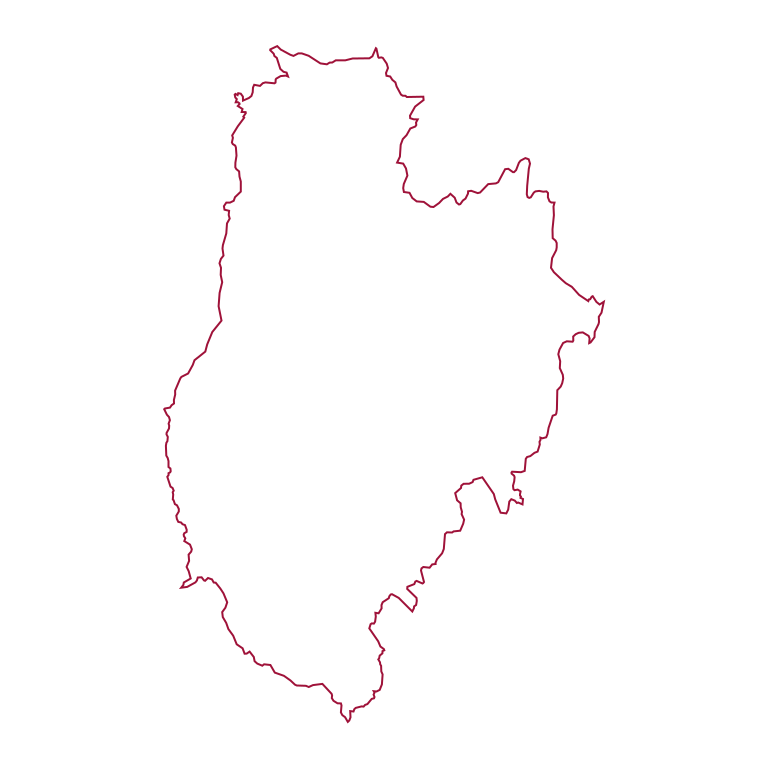 the district of Bekily, Androy, Madagascar
{"feature_id": "10022922B6580820782603", "entity_name": "Bekily", "entity_type": "district", "adm_level": 2, "iso_a3": "MDG", "parent_name": "Madagascar", "parent_adm1": "Androy", "projection": "natural_earth1", "projection_center": [45.36, -24.27], "detail": "fine", "context": "isolated", "style": "outline", "palette": "rose", "viewbox_px": 768, "rotation_deg": 0, "n_neighbors": 0, "source": "geoboundaries", "source_scale": "gbopen_adm2", "svg_char_len": 6061}
<svg xmlns="http://www.w3.org/2000/svg" viewBox="0 0 768 768"><path d="M181.2,587.7L187.2,586.9L195.4,582.4L196.9,580.5L197.8,577.5L201.6,577.3L204.0,580.4L205.1,580.8L208.0,578.0L212.0,579.4L213.7,582.5L215.7,582.7L220.3,588.5L223.5,593.4L227.2,602.3L225.4,607.7L222.2,612.1L222.8,617.1L226.2,622.9L228.4,629.1L233.2,635.7L236.7,644.3L242.6,648.3L244.6,653.7L246.7,653.6L249.6,651.6L253.8,657.0L254.6,661.2L257.3,663.6L262.3,665.7L264.1,664.3L270.4,665.0L274.8,672.6L283.9,675.8L290.5,680.5L295.0,684.7L296.8,685.5L305.9,685.8L308.7,687.0L313.0,685.1L322.4,683.9L331.6,693.8L332.1,695.5L331.8,698.1L333.5,700.8L337.5,703.3L340.9,703.4L341.5,705.4L340.9,712.4L342.3,715.1L345.1,717.2L347.8,721.9L349.3,720.5L350.5,717.3L350.2,711.1L353.5,711.5L354.3,709.2L355.7,707.9L361.6,706.4L363.6,706.6L365.1,704.9L367.4,704.1L371.7,698.9L374.0,698.3L374.5,697.0L373.6,694.6L374.5,692.7L373.7,691.2L376.5,691.5L379.7,689.9L381.9,684.4L382.6,674.4L381.3,671.4L381.1,665.8L380.2,664.3L380.0,662.3L378.3,659.4L379.1,658.4L379.7,655.6L382.4,653.4L382.5,651.1L384.3,650.3L383.9,649.1L380.4,646.5L378.2,641.3L369.3,628.4L370.6,624.2L371.8,623.4L373.9,623.6L375.1,621.7L375.8,616.6L375.4,612.8L378.6,613.3L381.6,608.4L381.5,605.1L382.7,602.2L388.8,598.2L389.3,596.3L390.7,594.5L392.0,594.2L398.7,597.9L412.3,611.5L413.9,608.3L414.1,606.4L416.1,605.0L416.8,600.9L416.5,597.9L407.2,588.9L407.4,586.8L414.3,584.1L415.3,581.6L416.6,580.9L422.5,583.5L423.2,583.1L424.0,582.0L421.0,570.5L421.5,568.4L423.3,567.0L429.6,567.7L432.2,564.4L435.6,564.0L435.5,562.8L436.9,559.4L442.1,553.3L443.8,549.0L445.0,534.1L447.0,532.3L452.1,532.5L453.6,531.4L460.2,530.7L463.2,523.7L464.1,519.6L461.6,514.1L462.0,511.8L460.7,507.2L460.6,503.3L457.1,500.3L455.2,493.1L461.0,488.0L461.3,485.6L463.6,483.8L469.2,483.7L472.6,482.1L473.5,479.8L482.3,477.3L493.8,494.0L495.2,499.3L500.6,512.7L506.3,513.4L508.2,509.6L509.3,501.6L511.3,499.2L514.8,500.6L516.9,503.0L518.1,502.5L522.5,504.4L523.0,499.0L520.5,497.9L520.9,496.5L520.0,495.5L520.0,494.2L520.6,491.4L517.7,489.6L514.5,490.2L513.4,489.1L513.0,485.7L514.2,481.3L514.6,477.2L514.1,475.7L511.6,473.6L511.5,472.5L512.1,471.7L521.0,472.2L524.7,470.9L525.8,458.8L527.1,457.0L530.3,456.1L534.5,452.8L537.6,451.6L539.8,444.5L539.5,441.8L540.5,439.9L540.4,437.6L542.4,438.3L546.2,437.3L547.5,434.1L548.6,427.8L552.7,415.7L555.7,414.6L556.3,413.4L556.9,409.4L557.3,390.2L560.7,386.6L562.2,383.2L563.2,378.5L562.8,374.8L559.8,368.1L560.2,361.2L558.3,354.2L559.5,349.6L563.1,343.0L566.8,341.3L572.6,341.7L573.3,340.6L573.2,336.5L575.7,334.2L578.7,332.8L582.8,332.4L588.6,335.9L589.6,338.4L589.2,343.1L590.6,342.4L594.5,337.2L594.7,331.9L598.5,324.1L599.0,322.1L598.8,316.8L601.5,312.7L603.8,301.8L599.6,304.5L596.4,301.9L592.7,296.2L591.7,296.7L590.2,299.2L588.8,299.5L588.3,301.1L579.1,294.9L571.9,286.9L565.8,283.2L561.8,279.7L553.9,272.2L551.0,267.8L552.1,258.1L556.2,250.2L556.7,247.4L556.7,243.0L555.6,240.7L552.7,238.2L552.5,229.3L553.9,215.2L553.5,206.5L554.5,202.6L551.3,202.5L549.5,201.3L547.9,197.3L548.0,193.0L546.5,191.4L543.2,191.7L539.2,190.9L535.4,191.4L533.8,192.6L530.8,197.3L529.2,197.9L527.6,197.1L526.8,194.3L527.2,185.7L528.8,168.8L530.0,163.6L528.7,159.3L525.3,158.1L520.5,160.7L518.9,162.8L516.1,170.1L514.1,172.1L512.9,172.1L508.3,168.8L505.1,169.2L498.2,182.2L495.9,183.4L488.2,184.1L480.1,192.5L477.7,193.1L471.2,190.8L468.1,191.3L468.0,193.6L465.5,198.6L462.9,200.5L460.3,204.1L459.0,204.5L456.5,202.5L454.7,197.7L450.4,193.8L447.8,196.5L443.0,198.9L439.1,203.0L433.5,207.0L430.4,206.7L423.8,201.9L416.7,201.4L412.3,198.0L409.5,192.8L403.9,192.0L403.2,188.1L403.8,184.0L407.4,175.6L406.0,168.5L403.2,163.6L397.1,162.6L399.9,156.7L400.7,144.8L402.8,139.1L406.6,135.1L410.3,128.5L415.3,126.5L416.3,125.0L416.0,122.6L417.7,119.4L413.7,119.3L410.2,118.2L410.0,115.7L415.1,106.6L423.6,100.0L423.3,96.7L406.8,97.0L405.5,95.8L402.7,95.7L401.0,94.6L396.6,86.5L395.4,82.4L392.3,79.8L390.2,76.5L386.5,75.8L386.0,73.0L388.0,68.0L386.7,63.6L382.8,57.9L381.3,57.4L378.9,57.8L378.3,57.2L376.4,48.6L375.9,48.2L372.4,56.3L369.4,58.3L352.6,58.5L345.4,60.3L335.8,60.3L332.3,62.5L329.6,62.6L326.9,64.3L320.4,63.4L308.7,55.8L301.8,53.4L298.3,53.4L293.5,55.9L290.4,54.8L280.8,49.6L277.2,46.1L270.3,49.4L270.2,50.2L273.7,53.7L274.4,56.0L276.8,57.9L280.3,68.9L283.5,71.8L286.6,72.6L288.0,76.5L285.9,75.6L280.6,76.1L276.3,78.6L275.7,79.4L275.5,82.6L274.5,83.3L265.4,82.4L262.8,83.2L260.0,85.9L254.2,84.8L253.0,87.5L252.7,92.3L251.4,96.0L248.9,98.0L243.0,100.6L242.9,96.6L240.8,93.7L238.2,93.2L237.6,95.1L235.5,93.9L234.7,94.6L235.3,97.5L236.8,99.1L235.7,102.3L237.9,102.2L239.4,103.3L239.6,104.0L237.8,106.0L242.5,109.0L241.7,112.0L245.6,112.1L245.8,113.1L243.3,116.7L244.2,117.7L237.8,126.3L232.2,135.4L232.9,137.8L231.9,142.5L232.8,144.1L235.2,145.6L235.9,147.4L236.5,155.7L235.4,162.7L235.3,167.3L236.3,169.1L239.1,171.4L239.5,176.6L240.8,181.5L240.8,191.6L235.0,197.2L233.7,200.8L230.0,202.6L226.3,202.6L223.9,206.2L224.5,209.7L229.1,210.8L228.7,215.0L229.7,218.6L227.0,223.4L226.3,233.4L222.9,245.1L222.5,248.5L223.5,255.6L220.9,258.9L219.5,263.3L221.0,267.8L220.7,274.9L222.2,282.2L219.6,292.9L218.6,306.2L221.5,320.6L212.3,332.0L207.2,344.4L205.3,351.6L194.5,360.2L192.8,364.9L188.1,373.5L181.4,376.9L180.3,378.4L175.1,390.6L175.2,394.5L173.9,400.0L174.0,403.5L171.6,405.2L170.0,407.6L164.9,408.5L164.2,409.2L166.9,414.7L169.0,417.0L169.9,420.2L168.6,423.7L169.2,425.6L169.0,428.5L166.6,432.9L166.5,434.3L167.8,436.9L167.4,441.2L166.4,442.7L165.9,445.8L166.3,455.6L167.7,458.0L168.5,461.1L168.5,467.0L170.4,468.5L170.7,471.2L170.2,472.3L168.5,473.2L168.6,475.0L167.3,476.8L170.5,486.6L172.6,488.0L173.7,490.7L172.7,492.2L173.2,494.5L172.8,499.5L173.6,500.2L174.9,504.1L177.0,505.3L178.8,508.9L178.8,511.5L176.3,515.7L176.9,519.0L178.3,521.9L181.1,522.5L182.5,524.2L185.0,525.1L186.7,529.8L186.6,531.9L184.3,533.2L183.7,534.5L183.9,536.1L185.3,538.3L184.3,541.1L190.0,544.6L191.8,549.2L191.2,551.6L188.6,554.6L189.1,560.9L186.6,566.9L188.7,571.2L190.7,578.5L183.8,582.5L183.4,584.9L181.2,587.7Z" fill="none" stroke="#9f1239" stroke-width="2"/></svg>